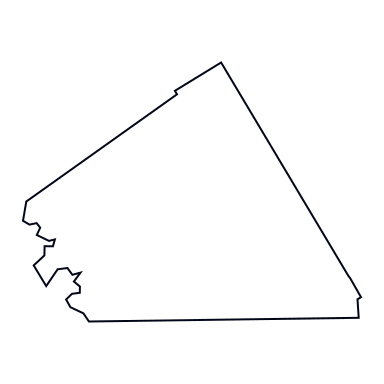 Lampasas, Texas, United States of America
{"feature_id": "52423323B89118572661224", "entity_name": "Lampasas", "entity_type": "district", "adm_level": 2, "iso_a3": "USA", "parent_name": "United States of America", "parent_adm1": "Texas", "projection": "albers", "projection_center": [-98.387, 31.247], "detail": "fine", "context": "isolated", "style": "outline", "palette": "ink", "viewbox_px": 384, "rotation_deg": 0, "n_neighbors": 0, "source": "geoboundaries", "source_scale": "gbopen_adm2", "svg_char_len": 506}
<svg xmlns="http://www.w3.org/2000/svg" viewBox="0 0 384 384"><path d="M174.9,90.8L177.0,94.3L26.3,201.5L23.0,220.8L29.5,224.6L36.6,223.1L40.2,227.7L36.8,235.0L49.0,240.9L54.9,239.4L52.9,246.3L44.6,246.2L44.4,255.4L33.7,265.4L46.2,286.1L57.6,269.3L67.4,268.0L72.4,274.8L80.5,272.6L73.9,281.5L79.9,286.5L79.8,292.8L72.0,293.8L66.1,299.5L70.4,307.2L83.5,313.4L88.9,321.5L358.7,317.8L357.5,299.3L361.0,297.2L350.3,278.4L348.2,275.6L221.1,62.5L174.9,90.8Z" fill="none" stroke="#020617" stroke-width="2"/></svg>